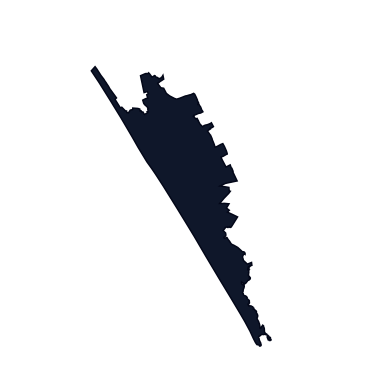 the district of Benito Juárez, Guerrero, Mexico, rotated 39°
{"feature_id": "50627088B69658113715616", "entity_name": "Benito Juárez", "entity_type": "district", "adm_level": 2, "iso_a3": "MEX", "parent_name": "Mexico", "parent_adm1": "Guerrero", "projection": "orthographic", "projection_center": [-100.362, 17.086], "detail": "fine", "context": "isolated", "style": "filled", "palette": "ink", "viewbox_px": 384, "rotation_deg": 39, "n_neighbors": 0, "source": "geoboundaries", "source_scale": "gbopen_adm2", "svg_char_len": 5932}
<svg xmlns="http://www.w3.org/2000/svg" viewBox="0 0 384 384"><g transform="rotate(39 192 192)"><path d="M282.6,209.3L280.4,213.2L275.0,212.8L273.9,211.9L272.1,210.7L271.4,208.6L271.9,207.0L272.4,207.0L271.9,206.3L271.3,206.0L270.7,205.8L270.0,205.9L268.4,206.8L267.4,206.6L262.5,206.3L257.6,207.1L256.7,207.5L254.9,207.6L252.1,206.6L249.9,206.2L247.9,205.4L247.4,205.8L246.8,207.3L246.1,207.6L245.7,207.4L245.4,207.1L245.4,206.5L245.8,205.3L245.8,204.8L245.3,204.0L243.9,202.7L240.4,202.4L240.5,199.4L240.1,198.8L241.3,197.0L242.0,197.1L242.3,197.0L242.5,196.3L242.7,195.4L243.1,195.4L243.6,195.7L244.3,195.2L244.5,194.4L243.1,182.7L232.2,185.3L232.5,182.7L228.9,182.8L228.2,177.9L224.1,180.6L223.0,181.7L220.7,183.5L220.8,176.9L221.4,169.7L221.3,167.3L220.3,167.7L218.8,166.3L217.8,165.2L210.0,169.7L212.6,164.2L220.1,155.0L211.5,150.9L210.6,150.4L210.8,150.0L208.1,148.5L207.9,148.7L206.9,148.3L204.6,146.9L202.7,151.2L195.2,148.0L193.6,147.2L192.6,146.6L193.7,144.7L195.1,141.0L195.5,140.4L195.1,139.9L192.8,138.4L188.5,136.2L185.5,135.0L185.1,135.7L184.4,137.0L182.9,140.6L181.8,142.7L179.1,140.9L174.9,138.6L174.0,137.9L170.7,136.2L170.6,136.3L165.7,134.9L166.0,132.0L166.4,132.2L166.7,131.0L166.0,130.7L166.1,130.4L167.2,129.0L167.5,127.7L163.5,126.0L163.2,127.1L162.0,129.3L161.3,130.4L160.5,131.3L159.6,132.7L159.4,133.5L159.3,134.6L155.5,134.2L151.9,132.7L152.0,132.6L149.6,131.6L148.9,132.8L145.7,132.3L146.0,131.9L145.5,131.4L145.2,131.3L146.2,129.6L147.5,127.0L149.0,125.2L150.0,122.8L149.1,122.4L148.1,122.2L146.6,121.3L145.2,120.5L143.4,120.0L141.8,119.3L141.4,120.0L140.9,119.1L141.1,118.7L140.9,118.5L139.1,117.8L138.3,117.1L135.6,115.7L132.6,114.3L131.2,114.3L129.7,117.3L128.9,118.2L127.5,120.3L126.4,121.6L123.6,126.6L121.8,129.3L121.7,129.5L119.5,130.3L114.1,131.4L110.0,131.5L104.7,129.2L102.2,130.6L97.0,129.3L96.9,129.1L97.1,129.0L97.7,126.0L98.4,124.2L98.5,123.6L99.0,122.1L96.0,119.6L96.3,121.7L96.0,122.3L96.1,122.9L95.7,123.8L95.2,124.3L95.0,124.8L94.5,124.7L94.1,124.8L93.2,124.7L92.4,125.1L91.8,125.3L91.1,125.2L90.4,124.9L89.6,125.1L88.7,127.9L84.7,126.9L83.4,126.7L83.5,127.3L81.3,129.3L78.8,134.0L92.2,144.9L94.1,142.0L96.2,143.1L95.6,144.9L98.5,146.9L97.1,148.9L95.9,151.6L98.7,153.5L99.0,153.5L99.3,153.7L101.0,154.0L102.6,154.0L103.5,154.1L105.5,154.6L105.3,155.3L107.1,156.7L106.6,157.9L107.7,158.2L106.3,161.7L103.4,160.7L103.0,161.6L101.2,160.9L100.5,161.6L99.2,160.4L97.4,161.1L94.2,163.3L93.8,163.7L93.2,163.9L93.9,165.4L92.5,167.2L92.8,170.5L91.3,171.3L90.2,170.2L89.1,170.9L84.1,170.3L83.3,171.7L73.8,168.4L74.1,166.4L62.9,163.4L60.8,162.5L58.3,161.7L57.9,161.7L57.5,161.9L57.4,161.4L56.5,161.1L54.6,160.6L52.4,159.8L47.8,158.7L40.6,156.3L37.8,155.6L37.5,161.2L50.9,165.4L73.0,173.0L76.6,174.3L89.7,178.9L110.8,186.8L122.0,191.2L136.2,196.3L138.2,197.0L145.9,199.1L152.2,201.0L166.0,205.5L190.8,214.1L210.0,220.9L222.0,225.2L242.9,233.1L268.7,242.6L286.5,249.0L306.4,256.3L314.8,259.5L322.9,262.9L324.8,263.7L331.9,267.2L336.0,269.0L337.6,269.5L338.6,269.7L340.1,268.8L341.0,268.8L341.3,268.9L341.3,269.1L341.7,269.1L342.2,268.4L342.2,267.8L342.1,267.5L341.4,266.8L340.7,266.5L340.1,265.9L338.5,265.3L338.1,265.0L337.1,264.4L336.4,263.7L335.1,263.1L334.9,262.7L334.9,261.9L335.3,261.4L335.5,260.1L335.8,258.9L336.0,258.5L337.0,258.1L338.4,256.5L339.3,256.4L339.7,256.0L340.7,256.0L341.1,256.3L341.3,256.8L341.8,257.5L343.5,258.5L343.6,258.4L343.8,258.4L344.1,258.6L344.3,258.8L344.5,258.5L345.4,258.8L346.2,258.3L346.5,257.6L346.4,257.4L346.5,257.2L346.4,257.1L346.2,257.3L345.2,256.9L344.8,256.7L344.6,256.7L344.4,256.5L344.6,256.2L344.4,256.2L344.3,255.8L344.1,255.8L343.8,256.2L343.6,256.1L342.9,256.0L342.4,255.7L341.9,255.8L341.3,255.6L340.3,255.8L339.4,255.4L339.0,255.6L338.4,255.6L336.9,255.4L336.0,254.7L334.1,252.6L333.6,252.2L332.7,251.9L332.0,251.1L331.7,251.0L330.7,251.0L330.7,251.5L330.9,251.7L330.9,251.9L331.0,252.1L330.8,253.2L331.0,253.5L331.3,253.9L331.2,254.3L331.0,254.9L330.7,255.1L330.4,255.0L330.0,254.7L329.4,253.9L329.2,253.7L328.6,253.0L326.7,251.6L325.8,251.2L325.4,250.8L325.0,250.6L323.7,250.2L322.4,249.5L321.7,248.8L321.6,247.8L320.9,246.7L320.3,246.2L319.7,246.1L318.9,245.5L318.1,245.5L317.8,245.3L317.4,244.4L316.3,244.0L315.5,244.1L315.4,244.3L314.8,244.0L314.3,244.0L314.0,243.8L313.5,243.9L313.4,244.1L313.3,243.8L312.7,243.5L312.7,243.4L312.2,243.5L311.5,243.0L311.3,243.0L310.6,243.3L309.9,243.3L309.2,243.6L309.0,243.9L308.5,244.1L308.1,244.6L307.8,244.8L307.5,244.7L307.2,244.4L306.8,244.3L306.8,244.2L306.4,244.3L306.1,244.1L306.5,243.6L306.4,242.8L306.5,242.5L306.5,242.2L306.1,241.6L305.9,241.5L305.5,241.6L305.3,241.5L305.2,241.2L305.2,240.6L304.7,240.3L304.4,240.4L304.0,240.2L303.7,240.3L303.2,240.2L302.6,240.2L301.6,240.1L301.4,239.9L301.5,239.6L301.4,239.4L301.1,239.2L300.8,239.2L300.7,239.3L300.3,239.0L299.4,239.0L298.9,239.1L297.8,239.6L297.3,239.6L296.5,239.4L295.8,238.8L295.6,238.9L295.2,238.8L294.8,238.5L294.9,238.4L294.6,238.2L294.3,237.6L294.3,237.2L293.2,235.5L292.7,233.8L292.1,232.6L291.8,232.2L291.4,232.0L291.2,231.7L290.9,231.9L291.1,232.0L290.9,232.2L290.4,232.2L289.9,231.9L288.8,232.2L288.3,232.1L287.1,231.0L287.0,230.7L287.6,230.7L287.8,230.7L288.1,230.5L288.4,230.6L289.6,230.3L289.8,230.6L290.3,230.7L290.8,230.1L291.1,229.4L291.2,228.6L291.1,225.6L291.7,224.6L291.9,223.5L291.9,222.8L291.7,222.5L291.3,222.8L291.4,223.2L291.3,223.3L291.2,223.2L290.8,222.8L291.0,222.4L290.9,222.2L290.9,221.9L290.7,221.9L290.6,222.1L290.3,222.2L290.0,222.1L290.0,221.9L289.8,221.5L288.7,221.5L288.2,221.3L288.0,221.1L288.0,220.7L287.7,220.4L287.1,219.3L286.6,218.9L286.7,218.7L286.2,218.2L286.0,217.9L285.7,217.5L285.5,217.0L284.9,216.8L284.8,216.5L285.1,215.9L284.7,215.8L284.5,216.1L284.6,216.5L284.5,216.8L284.7,217.2L284.3,217.4L283.8,217.0L283.0,215.3L283.2,214.5L283.5,215.3L283.8,214.8L283.8,214.3L283.4,214.2L283.8,214.0L284.0,212.4L284.7,211.3L282.6,209.3Z" fill="#0f172a" stroke="#020617" stroke-width="1.5"/></g></svg>